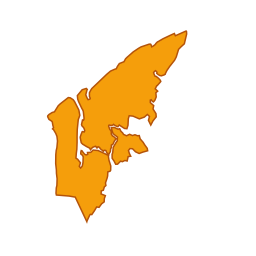 Sitka, Alaska, United States of America (Natural Earth projection), rotated 246°
{"feature_id": "52423323B81884314913913", "entity_name": "Sitka", "entity_type": "district", "adm_level": 2, "iso_a3": "USA", "parent_name": "United States of America", "parent_adm1": "Alaska", "projection": "natural_earth1", "projection_center": [-135.379, 57.084], "detail": "fine", "context": "isolated", "style": "filled", "palette": "amber", "viewbox_px": 256, "rotation_deg": 246, "n_neighbors": 0, "source": "geoboundaries", "source_scale": "gbopen_adm2", "svg_char_len": 3879}
<svg xmlns="http://www.w3.org/2000/svg" viewBox="0 0 256 256"><g transform="rotate(246 128 128)"><path d="M195.5,208.8L195.5,205.5L195.3,196.4L194.6,189.7L193.8,187.7L193.5,187.4L193.1,186.5L192.6,184.4L192.5,182.7L195.0,182.9L195.4,182.7L196.0,181.4L196.8,172.9L196.5,170.0L195.4,163.7L193.0,156.0L192.2,153.9L190.2,151.3L190.4,146.3L188.6,143.4L186.9,141.4L187.1,139.5L187.1,135.2L185.7,130.4L178.8,111.1L177.8,109.5L175.9,107.1L172.5,105.6L170.6,105.6L170.1,105.3L170.0,105.0L170.0,103.5L170.2,103.0L172.6,102.8L175.5,102.9L179.3,105.9L179.8,106.5L181.1,106.0L181.6,101.7L178.2,94.9L174.8,93.8L172.2,93.6L164.3,93.8L163.3,94.0L161.3,93.9L155.0,91.9L153.9,91.3L153.2,90.4L153.8,89.7L150.0,86.9L148.6,86.8L147.1,87.4L145.6,87.7L143.1,87.4L142.2,86.3L143.3,84.9L143.3,84.7L141.1,82.4L139.2,80.7L138.5,80.4L133.6,79.3L131.7,80.0L127.9,82.6L125.2,84.8L123.4,84.9L124.7,87.7L124.6,90.8L124.1,91.2L122.8,91.2L122.7,91.3L122.4,91.5L122.4,91.8L122.4,92.0L122.5,92.1L122.9,92.1L123.0,93.2L121.7,94.1L120.5,94.2L119.1,94.8L117.4,95.9L116.8,95.9L116.8,96.4L117.3,97.0L117.2,97.5L117.0,97.9L116.3,98.7L114.7,98.5L112.5,99.1L111.9,99.6L111.9,100.1L112.8,100.9L113.5,102.2L116.4,103.9L116.5,104.4L116.9,104.8L119.2,105.9L119.3,106.5L119.1,106.9L119.2,107.4L121.8,110.5L122.4,111.6L122.4,111.8L123.1,112.7L126.3,111.3L127.0,110.6L129.0,110.3L129.6,110.4L131.2,111.2L132.8,111.3L133.9,110.8L134.6,110.8L137.7,111.1L138.3,111.6L138.1,112.6L137.3,113.2L136.8,115.4L137.2,116.2L135.1,117.5L133.3,119.3L134.3,121.2L129.0,124.6L127.8,126.7L130.5,129.1L136.4,132.1L138.7,134.1L136.8,137.4L131.7,142.1L131.3,147.4L132.5,151.2L129.8,152.3L126.7,149.8L121.4,150.0L124.4,153.8L126.7,158.3L129.8,159.4L135.2,158.6L138.0,160.6L142.1,158.7L144.4,159.7L144.4,160.7L143.2,160.9L141.5,161.7L141.6,162.2L142.5,163.9L144.9,166.4L148.9,167.8L149.6,170.1L152.7,168.8L154.9,171.4L154.8,171.8L156.9,176.4L157.2,176.9L158.4,176.9L159.4,176.7L161.4,175.9L163.7,174.7L164.2,173.8L166.7,173.7L168.2,173.9L168.9,175.2L169.2,176.4L167.7,177.1L166.8,177.0L166.2,176.5L164.5,177.3L163.0,178.4L162.1,179.7L161.8,182.6L162.0,183.9L162.3,184.0L164.7,186.9L167.3,191.1L170.9,198.0L173.3,201.0L179.3,206.2L180.5,209.2L182.0,213.7L190.0,219.8L192.4,220.7L192.9,220.6L193.0,220.3L193.0,208.8L195.5,208.8ZM59.2,52.3L59.7,52.7L64.0,57.6L64.4,58.5L63.6,59.7L66.2,63.9L68.6,67.2L67.3,69.3L69.5,73.1L70.2,76.2L73.2,77.7L75.4,79.8L78.7,76.6L81.4,78.0L81.2,80.2L83.8,82.4L84.4,84.4L87.0,85.1L90.7,88.5L92.5,89.9L96.1,91.7L95.8,94.0L96.5,95.0L100.3,96.8L106.2,97.5L110.0,98.5L110.7,99.1L114.1,96.3L119.6,91.5L122.0,87.2L120.9,84.1L122.1,81.0L120.3,80.5L120.4,78.8L121.7,77.7L122.7,77.4L125.1,76.8L125.7,76.8L126.4,76.1L125.2,75.1L123.6,74.3L121.7,75.2L120.0,75.4L114.7,72.8L111.8,70.7L111.3,69.8L110.7,68.4L112.8,67.9L115.5,70.4L119.9,69.3L121.7,68.2L126.1,70.6L129.2,72.5L135.7,75.7L140.9,78.0L147.4,81.1L155.9,86.0L158.8,88.8L159.3,89.2L159.8,89.3L164.4,90.4L174.0,89.9L176.2,89.4L179.1,87.5L180.1,85.8L177.6,75.8L176.7,73.3L172.7,67.4L173.0,65.0L172.5,61.4L171.8,59.7L171.0,59.2L168.0,59.3L165.4,61.0L164.4,61.3L161.3,60.5L158.6,60.1L157.9,58.7L156.8,59.3L152.5,59.8L149.3,59.7L144.8,58.3L138.9,55.0L136.7,53.3L133.0,51.2L125.0,47.5L118.8,45.5L115.7,44.2L110.5,42.6L104.5,39.7L102.4,38.1L97.7,35.7L95.9,35.3L89.8,46.5L86.3,51.7L59.2,52.3ZM99.6,111.9L98.2,113.8L101.8,116.5L101.1,119.0L104.4,118.9L107.3,119.3L108.4,121.4L107.2,123.7L103.2,125.2L100.2,127.8L99.9,132.0L99.2,136.7L101.6,137.3L105.8,136.4L108.8,136.0L113.1,134.7L116.5,135.2L117.0,133.6L119.0,131.6L119.3,129.0L121.6,126.9L121.5,123.5L124.0,121.3L125.8,121.1L127.8,120.2L130.7,120.1L131.0,118.4L134.1,115.7L135.2,112.9L132.4,112.4L128.9,112.1L126.2,113.5L124.0,114.7L120.6,113.0L119.8,111.5L116.4,106.7L111.7,104.0L110.5,102.8L106.8,101.2L103.6,101.8L99.9,102.0L99.2,103.8L100.7,107.7L99.5,109.2L99.6,111.9Z" fill="#f59e0b" stroke="#b45309" stroke-width="1.5"/></g></svg>